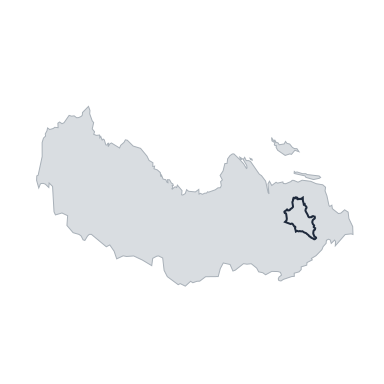 Sweden, with Jönköping highlighted, rotated 257°
{"feature_id": "SWE-179", "entity_name": "Jönköping", "entity_type": "County", "adm_level": 1, "iso_a3": "SWE", "parent_name": "Sweden", "parent_adm1": "", "projection": "robinson", "projection_center": [14.478, 57.556], "detail": "fine", "context": "in_parent", "style": "outline", "palette": "slate", "viewbox_px": 384, "rotation_deg": 257, "n_neighbors": 0, "source": "natural_earth", "source_scale": "10m", "svg_char_len": 6826}
<svg xmlns="http://www.w3.org/2000/svg" viewBox="0 0 384 384"><g transform="rotate(257 192 192)"><path d="M89.5,257.6L90.9,260.5L93.8,260.1L95.1,258.0L96.7,251.9L94.8,245.1L97.5,242.7L99.2,239.0L103.3,237.9L108.8,233.6L109.3,229.3L110.6,226.1L106.1,216.5L105.8,214.1L112.8,212.8L115.8,206.5L111.1,202.4L103.7,198.5L106.4,186.2L103.4,179.5L103.9,176.7L103.4,172.4L105.3,170.6L101.8,164.3L105.4,159.9L104.8,157.7L115.1,148.9L121.9,147.2L134.3,148.6L137.2,145.1L137.4,143.2L136.2,138.8L129.3,136.2L136.9,128.3L142.8,120.8L143.9,113.7L145.3,110.6L143.8,103.6L151.8,102.8L158.9,100.0L157.9,96.2L173.4,84.4L173.8,82.3L172.6,80.3L168.9,76.7L169.9,75.1L174.0,74.1L176.0,72.5L179.1,67.0L187.5,62.6L196.9,65.5L200.8,60.6L200.4,53.8L203.7,53.1L228.8,57.4L232.9,54.8L228.6,53.5L232.7,50.8L233.8,49.1L234.2,47.1L234.0,46.1L230.4,43.6L238.3,43.2L242.6,44.4L243.0,45.9L260.3,54.0L273.9,57.1L277.9,59.4L279.4,61.9L281.6,62.1L284.2,64.4L286.9,65.7L284.9,67.4L285.1,71.1L285.9,72.8L284.8,76.0L289.2,76.8L290.0,78.7L287.8,80.7L288.3,82.9L294.3,89.5L293.0,91.6L292.7,94.3L290.3,96.3L290.0,98.4L290.6,101.1L291.5,102.4L294.1,103.2L298.7,110.4L294.4,110.9L291.2,109.9L283.6,110.8L281.8,111.8L275.9,109.0L272.6,110.6L270.3,109.2L268.7,111.5L268.3,114.7L265.6,114.4L266.7,115.6L263.0,116.0L262.8,116.5L263.6,117.3L262.5,118.3L257.4,118.6L256.8,119.7L258.3,120.9L258.3,121.7L255.0,120.5L257.4,122.8L257.9,124.5L251.2,131.3L253.6,133.1L255.7,137.0L257.8,138.8L257.0,140.6L250.0,145.0L246.1,151.7L237.1,156.2L232.4,157.3L229.3,160.5L225.7,159.5L225.6,161.4L223.2,160.2L221.4,163.1L218.1,165.5L214.5,165.0L214.1,165.4L215.3,166.1L211.1,166.7L209.9,169.2L206.9,169.9L206.4,170.7L209.5,170.9L208.9,172.9L205.4,173.9L204.1,175.2L202.5,175.2L202.8,174.2L200.5,174.2L199.7,173.1L199.2,173.4L200.9,176.7L199.8,178.0L202.0,179.3L195.6,182.6L191.6,181.3L191.1,182.3L192.0,185.1L195.5,187.3L193.5,188.8L191.3,195.3L193.0,199.2L188.4,198.4L188.8,199.9L187.4,201.6L188.0,204.2L187.6,205.8L188.7,207.3L188.1,208.1L188.9,215.2L190.2,218.2L189.8,220.6L191.7,222.0L195.7,222.2L196.9,224.3L201.8,223.1L205.5,227.0L212.3,230.4L212.0,232.6L216.3,234.2L218.9,237.2L220.0,239.8L219.7,241.4L213.1,245.7L208.0,248.6L202.7,250.3L203.0,251.0L205.6,251.3L212.0,249.2L213.9,251.1L210.4,251.9L209.8,254.4L208.3,256.0L194.2,261.6L192.3,263.4L186.0,266.2L174.5,266.0L172.8,266.6L182.7,267.8L185.1,269.9L180.4,271.2L182.6,276.1L181.4,277.3L181.4,282.8L179.7,282.9L179.0,285.2L179.9,290.7L180.8,292.2L180.4,293.8L177.7,297.5L178.7,302.0L175.7,310.1L172.2,314.8L169.6,321.0L166.6,323.2L163.1,321.9L157.8,322.6L148.1,322.4L146.9,323.0L147.7,325.3L144.2,325.0L138.1,329.8L137.9,332.2L140.3,336.7L137.3,339.6L130.8,338.9L122.2,340.8L114.4,339.3L115.4,337.7L116.1,331.7L107.3,319.5L111.5,320.7L113.1,320.1L110.6,316.1L114.2,315.9L115.3,314.4L114.7,312.1L111.8,311.1L109.3,307.5L106.6,305.6L102.0,298.4L100.4,293.4L98.8,293.9L97.4,288.2L94.9,287.3L94.5,281.6L91.8,280.9L90.1,278.3L89.9,273.3L86.8,272.7L87.2,270.3L86.3,261.4L85.3,258.7L86.2,256.7L87.9,256.5L89.5,257.6ZM222.9,284.7L221.4,285.2L220.6,286.8L218.4,287.6L218.1,292.6L220.2,294.5L218.1,295.4L216.7,298.0L212.9,299.8L211.3,301.5L210.6,304.0L207.2,305.3L209.5,301.6L206.3,297.4L207.1,295.9L206.7,291.0L213.5,284.8L216.7,284.0L218.1,284.7L218.7,283.2L219.8,282.9L222.9,284.7ZM179.0,319.5L177.3,320.6L176.7,319.0L176.8,313.2L180.6,306.3L182.3,305.7L186.8,296.3L187.3,295.7L189.0,296.3L187.8,297.2L187.9,298.8L185.0,303.8L184.2,307.1L183.2,307.9L179.0,319.5ZM224.2,282.7L223.9,284.1L222.2,283.0L223.8,281.4L227.2,281.8L224.2,282.7ZM215.2,246.4L213.0,248.6L212.6,247.7L213.0,246.6L215.2,246.4ZM210.6,257.8L209.5,257.9L210.3,256.4L211.8,256.1L210.6,257.8Z" fill="#d9dde1" stroke="#a8b0b8" stroke-width="1"/><path d="M118.9,300.0L119.2,299.7L119.5,299.4L120.5,298.1L120.9,297.7L121.3,297.5L121.5,297.5L121.7,297.4L121.8,297.3L122.1,296.6L122.4,296.4L122.7,296.2L123.4,296.0L124.1,295.5L125.2,294.6L126.0,294.1L126.4,293.7L127.3,292.3L128.1,291.5L128.7,291.0L128.9,290.8L129.0,290.5L129.0,289.6L129.1,289.3L129.3,288.9L129.6,288.5L129.7,288.3L129.7,287.8L129.6,287.5L129.6,287.3L129.8,286.7L130.1,286.3L130.2,286.1L130.4,285.9L130.4,285.6L130.4,285.3L130.1,284.3L131.0,284.3L131.4,284.4L133.2,284.2L133.6,284.3L134.1,284.6L134.5,284.8L134.8,284.8L135.0,284.7L135.1,284.3L135.2,284.1L135.3,284.0L135.4,283.9L136.3,283.6L136.5,283.5L137.6,283.1L138.1,282.9L138.5,282.6L138.7,282.3L138.8,282.0L138.8,281.8L138.6,281.2L138.6,280.9L141.9,275.9L142.9,277.5L143.4,277.9L144.8,278.4L149.0,278.8L149.7,278.8L150.0,278.7L150.3,278.5L150.4,278.2L150.5,277.8L150.6,277.7L150.8,277.7L151.7,277.5L151.8,277.5L152.0,277.6L152.0,277.8L152.4,278.2L152.5,278.5L152.7,279.1L152.8,279.6L153.0,279.9L153.5,280.3L153.6,280.5L153.6,280.8L153.4,280.9L153.2,281.0L152.8,281.0L152.6,281.1L152.5,281.3L152.5,281.5L152.4,281.7L152.3,282.0L152.4,282.3L152.4,282.6L152.3,282.9L152.4,283.2L153.1,283.9L153.3,284.2L153.4,284.5L153.4,284.8L153.5,285.1L153.7,285.5L154.2,286.3L154.5,286.8L154.9,287.1L155.3,287.2L159.6,287.5L160.0,287.8L160.2,288.0L160.7,288.3L161.3,288.6L161.5,288.7L161.8,288.7L161.9,288.8L162.1,288.8L162.4,289.0L162.6,289.1L162.8,289.4L162.9,289.5L163.1,289.6L163.5,289.7L163.5,289.8L163.4,289.9L162.6,290.8L162.7,291.1L162.8,291.2L163.2,291.3L163.4,291.4L163.5,291.6L163.5,291.8L163.4,292.0L163.3,292.3L163.2,292.3L163.1,292.5L162.9,293.1L162.7,293.3L162.4,293.4L162.2,293.2L161.8,292.9L161.7,292.9L161.3,293.1L161.2,293.3L161.1,293.6L161.2,294.2L161.2,294.4L161.0,294.8L161.0,295.1L161.1,295.7L161.0,296.1L160.9,296.2L160.7,296.4L160.6,296.5L160.6,297.0L160.7,297.3L161.4,298.1L161.6,298.7L159.2,298.2L158.4,298.1L156.0,298.2L155.8,298.2L154.8,298.1L154.7,298.1L154.9,298.7L155.0,298.9L155.0,299.1L154.8,299.1L154.2,299.0L153.7,299.1L153.2,299.3L152.3,299.9L151.9,300.1L151.6,300.1L151.0,300.1L150.7,299.9L150.4,299.7L150.3,299.4L150.2,299.2L148.6,298.4L147.9,298.4L147.0,298.6L144.0,299.5L142.0,299.8L141.5,300.0L141.1,300.3L140.9,300.7L140.8,301.9L140.6,302.5L140.6,302.8L140.6,303.0L140.8,303.2L140.9,303.3L141.2,303.5L141.3,304.1L141.3,304.3L141.3,304.5L140.9,305.2L140.2,305.9L140.2,306.0L139.5,306.0L138.9,305.8L138.6,305.6L138.5,305.4L137.8,303.9L137.5,303.5L137.4,303.4L137.2,303.2L136.9,303.0L136.4,302.8L135.9,302.5L135.5,302.4L135.3,302.4L135.0,302.4L134.6,302.5L134.1,302.5L133.5,302.6L132.1,303.4L131.9,303.5L131.7,303.4L131.0,302.9L130.5,302.7L130.2,302.8L129.0,303.9L128.0,303.5L127.5,303.0L127.4,302.8L127.4,302.6L127.4,302.3L127.2,302.0L126.9,301.8L126.6,301.6L125.9,301.4L125.7,301.2L125.4,301.1L124.8,301.0L124.3,300.8L124.1,300.8L123.8,300.8L121.6,301.2L121.3,301.2L121.1,301.2L121.0,301.3L120.9,301.6L120.4,301.9L120.3,302.0L120.0,302.4L119.9,302.5L119.7,302.6L119.3,302.6L119.0,302.1L118.6,301.6L118.5,301.3L118.4,301.0L118.4,300.7L118.5,300.4L118.6,300.2L118.9,300.0Z" fill="none" stroke="#1e293b" stroke-width="2"/></g></svg>